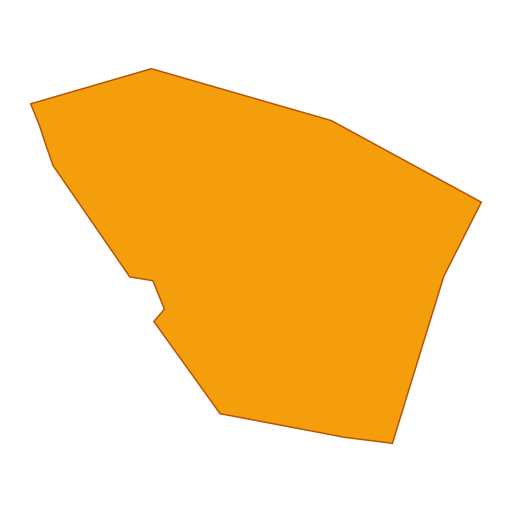 outline of Polystypos, Nicosia, Cyprus
{"feature_id": "46923920B95687331058871", "entity_name": "Polystypos", "entity_type": "district", "adm_level": 2, "iso_a3": "CYP", "parent_name": "Cyprus", "parent_adm1": "Nicosia", "projection": "robinson", "projection_center": [33.013, 34.938], "detail": "fine", "context": "isolated", "style": "filled", "palette": "amber", "viewbox_px": 512, "rotation_deg": 0, "n_neighbors": 0, "source": "geoboundaries", "source_scale": "gbopen_adm2", "svg_char_len": 353}
<svg xmlns="http://www.w3.org/2000/svg" viewBox="0 0 512 512"><path d="M481.3,202.2L331.3,120.6L151.3,68.7L30.7,103.8L39.3,125.1L46.1,145.6L48.9,153.6L52.8,165.2L68.6,188.1L120.7,263.7L129.8,276.9L152.9,280.7L164.4,309.2L153.9,321.5L220.1,413.7L345.0,437.4L392.4,443.3L443.8,276.3L481.3,202.2Z" fill="#f59e0b" stroke="#b45309" stroke-width="1.5"/></svg>